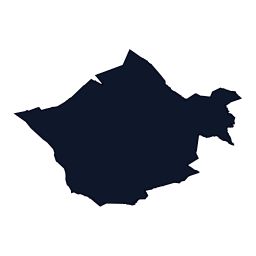 the district of Elverum nor, Hedmark, Norway
{"feature_id": "86288312B6884926742190", "entity_name": "Elverum nor", "entity_type": "district", "adm_level": 2, "iso_a3": "NOR", "parent_name": "Norway", "parent_adm1": "Hedmark", "projection": "robinson", "projection_center": [11.871, 60.973], "detail": "fine", "context": "isolated", "style": "filled", "palette": "ink", "viewbox_px": 256, "rotation_deg": 0, "n_neighbors": 0, "source": "geoboundaries", "source_scale": "gbopen_adm2", "svg_char_len": 5790}
<svg xmlns="http://www.w3.org/2000/svg" viewBox="0 0 256 256"><path d="M100.2,205.8L106.1,202.9L106.8,202.8L122.4,203.1L123.1,202.9L123.5,203.0L123.7,203.3L124.1,203.4L125.7,203.0L126.8,203.7L127.6,203.9L128.0,203.8L129.6,204.0L129.9,204.2L130.4,203.7L130.7,203.7L131.4,204.5L132.0,204.7L132.5,204.7L132.6,204.4L133.2,204.1L133.8,204.4L134.8,203.9L134.8,203.2L134.6,202.9L134.6,202.6L134.2,202.0L135.5,202.0L136.0,202.2L136.4,202.0L136.3,201.4L136.2,201.2L136.7,201.0L136.8,200.7L136.5,200.3L136.9,200.1L137.2,200.4L137.4,200.4L137.7,199.7L138.2,199.5L139.1,198.8L139.9,198.6L140.6,198.7L141.7,198.6L145.0,198.6L145.4,198.1L145.4,197.6L146.9,196.5L146.8,196.2L147.3,195.7L146.8,195.3L146.8,195.0L147.0,194.7L146.6,194.5L146.2,193.8L146.4,193.4L146.1,193.2L146.1,192.9L145.1,192.8L144.9,192.6L145.1,192.3L144.9,192.2L144.9,191.7L145.1,191.5L144.7,191.2L144.9,190.9L144.6,190.8L144.5,190.7L145.3,190.0L145.9,190.1L146.4,189.8L148.0,189.6L148.8,189.3L151.7,188.9L151.8,188.8L151.7,188.7L151.8,188.5L152.3,188.2L153.2,187.7L155.9,187.4L156.4,186.7L157.8,186.5L158.6,186.4L158.8,186.2L159.4,186.2L159.5,186.0L160.0,185.8L160.6,185.8L161.5,185.7L162.1,185.2L162.7,185.3L163.0,185.5L163.2,185.2L173.7,182.2L174.5,182.1L177.1,182.3L179.1,182.7L181.5,180.6L182.7,180.5L184.3,180.2L187.9,176.1L190.9,174.8L198.5,172.3L198.6,172.2L198.2,172.0L197.8,171.6L197.3,171.4L197.0,171.1L195.8,170.7L195.5,171.1L195.3,171.0L194.8,170.6L193.6,169.9L192.6,169.1L191.7,168.6L191.5,168.3L190.1,167.4L189.2,167.0L187.8,165.8L187.5,165.2L187.1,164.8L197.9,158.2L195.4,153.0L196.2,150.5L198.4,134.3L199.4,134.7L200.1,134.4L200.5,134.6L201.2,134.6L201.9,135.2L202.5,135.2L202.5,135.5L203.1,135.7L203.4,136.1L204.6,136.3L205.1,136.2L205.7,136.3L205.6,136.6L205.9,136.7L206.2,137.1L206.7,137.3L207.6,136.8L209.1,136.9L209.9,136.3L210.2,136.4L210.8,136.1L211.5,136.1L212.0,135.8L212.0,135.6L213.3,135.5L213.9,135.8L214.3,135.9L215.6,135.5L216.7,135.4L217.2,135.5L217.7,136.0L218.5,136.2L218.9,136.5L219.2,136.8L219.1,137.0L219.4,137.5L219.4,137.8L220.1,137.9L220.8,138.3L221.0,138.7L221.4,138.7L222.1,139.6L222.9,139.7L223.4,140.1L224.2,140.3L224.5,140.2L225.8,140.2L226.3,140.8L227.0,141.0L228.3,141.8L228.9,142.3L228.9,142.8L229.5,143.0L229.7,143.3L230.3,143.5L231.0,144.0L231.7,144.2L232.0,144.3L232.6,144.1L232.8,144.6L233.4,144.7L233.3,144.2L232.6,143.4L231.7,143.0L231.3,142.5L231.1,141.5L230.8,141.1L230.7,139.7L230.2,139.0L230.4,138.3L229.5,137.0L229.6,136.8L229.1,136.3L229.0,135.9L228.4,135.2L228.1,134.4L228.1,133.9L227.9,133.6L227.5,133.4L227.4,132.9L227.1,132.6L226.8,132.0L226.7,131.4L227.0,130.4L226.8,130.0L226.6,128.9L226.8,127.8L227.1,127.1L227.6,126.8L228.1,126.9L228.7,126.6L230.2,127.0L231.3,126.7L232.0,126.8L232.3,126.8L232.3,126.6L233.0,126.1L232.4,125.6L231.9,124.8L231.4,124.4L231.8,124.3L232.3,123.8L232.8,123.8L233.2,123.7L233.8,123.8L234.1,123.6L234.1,123.2L233.7,122.9L234.0,122.4L233.8,121.8L233.6,120.3L234.2,118.9L234.5,117.6L233.2,117.1L233.3,116.5L232.4,116.2L232.3,115.9L231.9,115.7L232.0,115.5L231.8,115.4L231.3,115.1L231.4,114.7L231.1,114.7L230.9,114.5L230.4,114.6L230.4,114.4L230.6,114.4L230.6,114.2L229.9,114.0L229.6,114.0L229.0,113.8L228.2,114.0L227.5,113.4L227.5,113.1L227.8,112.9L227.7,112.7L228.0,111.7L228.3,111.5L227.5,111.1L227.8,110.9L227.2,110.4L227.4,110.1L226.8,109.8L226.9,109.7L226.6,109.3L226.7,109.1L226.8,108.8L227.1,108.7L227.1,108.4L225.9,108.2L225.8,107.1L225.4,106.7L225.0,106.7L225.0,106.3L225.2,106.2L224.6,105.9L230.7,101.6L240.6,98.2L239.4,97.0L238.0,96.2L237.5,95.4L236.5,94.3L235.5,93.5L235.1,93.4L235.0,93.2L234.9,92.9L235.2,92.6L235.1,92.4L235.3,92.2L235.2,92.1L234.2,92.1L234.1,91.9L233.5,92.1L232.6,92.0L232.6,91.8L232.7,91.7L232.2,91.6L231.9,91.7L231.8,91.9L231.2,91.8L230.7,91.6L230.2,91.7L229.8,91.3L228.5,90.9L228.1,90.9L227.8,90.7L227.1,90.4L226.6,90.5L226.3,90.2L225.7,90.1L224.5,89.4L223.8,89.3L223.6,89.0L222.2,89.1L220.4,88.4L212.6,92.2L212.3,93.2L210.6,97.4L201.3,96.4L200.8,96.7L198.0,95.1L197.0,94.7L196.6,94.3L196.3,94.4L195.4,94.1L185.6,100.4L185.4,100.3L185.4,100.0L185.6,99.7L185.7,99.3L184.5,99.1L184.3,98.9L183.8,98.9L183.7,98.7L183.9,98.6L182.8,97.9L182.8,97.7L180.7,96.7L180.4,96.3L180.5,96.2L180.2,96.1L180.3,95.8L179.4,95.4L179.4,95.2L178.8,95.0L178.2,94.4L177.6,94.3L177.1,93.6L176.0,93.1L175.4,92.4L173.3,91.6L172.7,91.2L172.4,91.2L172.2,90.9L171.3,90.5L171.1,90.3L171.1,90.0L170.8,89.7L170.4,89.1L170.0,88.7L170.1,88.4L170.0,88.0L169.4,87.9L168.8,87.5L168.6,87.2L167.8,86.8L167.7,86.5L166.9,85.8L166.9,85.6L166.5,85.5L164.9,84.4L164.8,81.2L160.0,75.2L151.3,65.1L151.2,64.8L150.8,64.5L150.1,64.5L150.2,64.3L150.0,64.1L148.8,63.4L148.3,62.8L147.8,62.5L147.1,61.3L146.3,61.1L145.5,60.3L144.5,59.9L143.0,58.8L142.2,58.6L139.8,57.2L129.9,50.2L123.2,65.5L96.1,75.5L97.2,76.7L97.5,76.8L97.6,77.2L103.2,83.9L102.5,84.6L102.0,84.3L101.3,84.9L97.0,82.4L95.3,81.6L95.1,81.4L95.1,81.2L93.6,81.6L93.0,81.3L93.4,81.0L92.8,80.6L92.0,80.3L91.3,79.7L84.6,85.9L84.2,85.8L71.8,97.7L69.6,98.9L68.1,100.3L67.2,100.8L65.3,102.4L57.6,107.0L56.0,107.2L55.3,107.5L52.5,107.6L51.7,107.8L50.2,108.6L48.5,108.8L48.0,109.1L47.1,109.1L41.1,110.8L38.8,107.8L37.2,108.2L28.2,111.6L27.4,110.8L27.1,110.7L25.7,111.7L24.9,111.9L15.4,113.8L26.1,121.3L31.2,127.7L44.2,139.6L44.9,139.9L47.8,142.1L53.9,149.0L54.5,151.2L54.8,151.3L54.9,151.7L55.0,154.2L54.6,154.8L56.3,160.3L56.8,160.8L56.8,161.1L57.1,161.1L64.6,168.1L65.8,171.9L66.0,172.8L66.3,175.8L66.1,179.4L67.3,183.9L67.6,184.7L69.2,186.0L71.4,189.8L71.7,190.6L71.8,192.3L73.9,191.6L77.9,193.6L80.6,193.4L84.3,194.9L85.0,195.5L86.5,195.6L89.2,196.7L89.3,196.9L89.2,197.2L89.3,197.3L89.8,197.6L89.7,197.7L89.8,197.8L90.3,197.9L91.0,198.2L92.1,198.8L93.2,199.1L92.8,199.4L93.4,199.6L93.2,199.8L93.3,199.9L93.3,200.1L93.6,200.2L94.1,200.8L100.2,205.8Z" fill="#0f172a" stroke="#020617" stroke-width="1.5"/></svg>